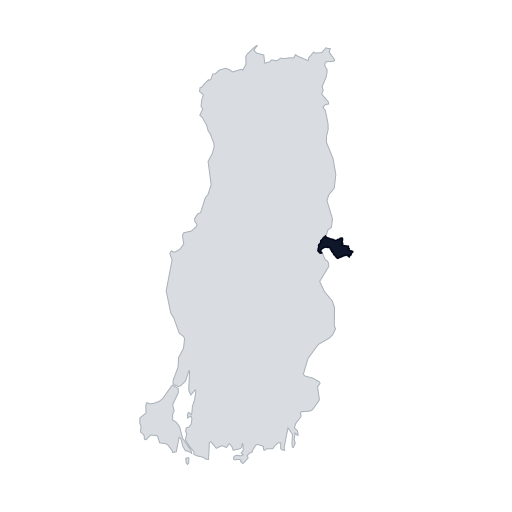 location of Hatay within Turkey, rotated 277°
{"feature_id": "TUR-2289", "entity_name": "Hatay", "entity_type": "Province", "adm_level": 1, "iso_a3": "TUR", "parent_name": "Turkey", "parent_adm1": "", "projection": "orthographic", "projection_center": [36.26, 36.42], "detail": "fine", "context": "in_parent", "style": "filled", "palette": "ink", "viewbox_px": 512, "rotation_deg": 277, "n_neighbors": 0, "source": "natural_earth", "source_scale": "10m", "svg_char_len": 5621}
<svg xmlns="http://www.w3.org/2000/svg" viewBox="0 0 512 512"><g transform="rotate(277 256 256)"><path d="M388.8,183.1L395.7,185.2L397.8,183.2L404.0,183.1L409.6,184.1L412.4,179.9L416.3,180.0L417.2,182.1L419.1,182.7L425.2,187.4L424.6,188.1L426.2,189.9L431.2,190.8L431.9,193.4L436.1,197.0L438.6,202.9L437.7,207.2L435.8,210.1L439.6,218.9L438.8,220.2L445.1,222.7L452.7,221.6L455.3,222.6L463.3,229.2L465.4,231.8L460.0,228.8L457.4,232.0L456.5,239.2L448.5,241.2L450.2,245.7L452.6,247.6L452.2,252.1L452.9,253.7L455.4,256.4L455.4,260.3L456.7,264.4L457.2,269.4L460.7,270.6L459.4,273.0L456.4,283.4L456.7,284.2L459.3,284.2L465.5,288.4L464.6,290.0L465.8,296.3L471.2,300.1L470.6,302.3L471.0,304.4L467.2,303.8L460.3,310.2L459.4,310.1L458.3,308.2L457.6,302.5L455.7,301.1L453.3,301.0L449.5,303.9L445.8,304.1L442.1,303.8L432.1,301.0L428.6,302.5L424.8,301.4L417.9,308.9L415.8,309.6L414.5,306.2L411.8,304.4L408.7,307.2L396.3,311.3L390.6,312.2L383.5,311.4L377.6,312.0L362.0,320.6L346.8,325.3L333.1,325.4L325.4,320.7L319.6,319.7L302.1,327.4L293.5,327.3L290.6,324.2L284.0,323.0L282.5,325.9L281.2,333.0L283.5,339.5L279.8,339.9L277.4,341.3L276.7,346.2L273.3,348.1L272.2,351.1L271.6,351.2L266.0,348.7L267.6,346.3L264.2,337.3L265.9,334.5L273.0,327.2L272.8,322.8L269.8,319.8L260.7,325.2L259.9,327.3L257.8,328.9L254.5,329.5L238.5,322.3L229.0,328.3L220.7,337.1L214.5,340.2L196.5,342.2L193.3,343.8L187.3,341.7L183.7,339.1L175.8,328.6L160.7,320.1L144.4,317.4L142.8,319.3L141.8,327.1L138.7,334.4L137.3,335.1L133.8,333.0L120.9,336.5L110.4,330.9L108.7,328.6L106.9,319.9L105.3,319.1L103.5,320.2L101.7,320.0L94.3,315.7L90.2,315.1L87.4,318.5L83.2,319.7L83.2,318.6L85.0,316.4L78.5,316.3L74.9,317.8L70.4,316.3L70.8,315.3L74.6,314.5L83.4,313.9L89.3,308.7L68.8,307.2L66.7,308.2L66.7,305.2L68.0,303.9L73.4,303.4L73.3,300.9L70.3,297.9L66.8,296.2L65.8,289.8L64.2,288.1L64.5,287.2L67.9,286.5L69.0,282.0L68.8,279.2L62.5,276.1L61.0,276.2L59.6,273.6L57.0,271.6L54.6,272.8L48.4,268.4L49.9,265.9L51.5,266.1L52.1,264.0L51.2,260.4L51.5,258.6L52.9,258.3L54.5,258.8L55.9,261.0L55.7,265.0L57.2,267.6L58.7,265.3L61.6,267.0L67.0,266.2L68.1,265.3L64.2,265.0L62.9,263.9L60.4,257.0L63.8,255.4L66.5,252.4L62.3,249.9L63.6,245.5L60.3,240.0L66.1,234.0L65.9,233.1L64.3,232.5L48.3,233.7L48.3,230.7L49.8,228.3L50.4,222.1L51.5,218.7L54.5,218.0L58.6,213.4L65.0,208.2L70.9,208.9L73.5,207.5L77.1,207.7L77.9,210.1L80.8,212.0L86.4,212.3L89.2,211.0L86.9,207.9L90.1,207.2L92.6,208.1L90.9,211.2L91.6,211.5L98.9,211.2L106.3,212.6L114.6,212.8L115.7,211.9L110.1,208.3L114.1,205.8L116.3,205.4L133.8,204.1L133.9,203.4L123.4,201.3L118.2,197.2L116.9,195.0L118.4,190.2L119.7,189.0L123.5,189.1L136.2,192.2L145.6,191.5L155.5,195.3L165.3,195.2L167.3,193.9L170.0,189.3L184.1,182.1L189.0,178.3L210.5,171.1L242.1,173.2L247.7,170.2L250.8,171.3L249.9,173.3L250.1,175.2L253.8,180.0L259.4,182.8L267.3,180.5L270.2,181.4L272.9,188.8L277.9,193.2L280.1,193.6L283.1,190.9L286.0,190.6L290.7,193.1L292.3,195.7L307.7,198.6L310.9,200.8L321.2,202.8L344.0,196.9L352.5,200.2L359.5,201.1L362.5,200.5L371.5,195.8L374.3,193.3L379.9,191.0L386.8,185.9L388.8,183.1ZM97.2,165.5L96.3,168.8L97.3,172.5L100.0,177.8L102.9,180.6L117.7,188.6L115.0,194.9L111.1,195.6L98.1,191.4L92.5,193.6L88.7,192.6L83.2,193.2L81.4,196.9L77.2,201.0L66.0,205.4L55.2,215.2L52.2,216.3L53.9,212.8L54.1,209.6L58.8,206.2L65.0,204.0L66.8,201.8L51.9,200.7L50.8,197.2L52.4,196.7L57.9,191.3L58.7,189.0L58.8,183.1L65.0,180.4L65.7,179.1L65.4,173.2L60.2,169.3L60.5,167.7L64.6,166.6L67.3,162.8L73.1,162.6L76.0,161.0L81.1,160.5L86.8,166.0L94.3,164.8L97.2,165.5ZM47.3,214.0L42.2,214.4L40.8,213.3L42.5,211.8L46.6,211.0L47.6,212.9L47.3,214.0Z" fill="#d9dde1" stroke="#a8b0b8" stroke-width="1"/><path d="M284.0,322.2L283.7,322.2L283.6,322.9L283.3,323.5L283.0,324.0L282.7,324.6L282.6,325.2L282.6,325.8L282.5,326.4L282.2,327.0L281.9,328.3L281.9,329.6L281.8,330.8L281.1,331.9L281.0,332.4L281.1,332.9L281.5,334.4L281.7,334.7L281.8,334.8L282.2,335.0L282.3,335.0L282.5,335.4L282.5,335.7L282.5,335.9L282.4,336.3L282.2,336.6L282.4,336.9L283.1,336.9L283.5,337.1L283.8,337.4L284.0,337.8L284.2,338.3L284.3,338.7L284.3,339.4L284.2,339.6L282.5,340.0L282.1,339.9L280.3,339.7L279.9,339.7L279.6,339.8L279.5,340.0L279.4,340.4L279.2,340.5L278.9,340.4L278.3,340.4L277.9,340.2L277.6,340.0L277.3,339.7L277.1,340.0L277.4,340.4L277.4,340.6L277.2,340.8L277.0,341.0L277.0,341.4L276.9,345.7L277.0,346.5L276.5,346.6L275.6,346.3L275.1,346.5L274.9,347.5L274.5,347.6L274.0,347.4L273.2,347.7L272.7,348.5L272.5,350.6L272.3,351.5L272.2,351.5L271.8,351.5L270.5,350.5L269.8,350.2L269.0,350.2L268.7,350.1L268.4,349.9L268.3,349.5L268.4,349.1L268.4,348.8L268.1,348.4L267.6,348.5L267.2,348.7L266.7,348.8L266.5,348.7L266.8,348.3L267.8,346.5L268.0,346.3L268.0,345.8L267.4,343.7L265.7,341.0L265.4,340.6L265.1,340.1L264.9,339.2L264.5,338.8L264.2,338.4L263.9,338.1L263.6,337.4L263.7,337.0L264.3,336.0L264.5,335.8L264.7,335.6L265.0,335.6L265.3,335.5L265.4,335.4L265.7,334.7L265.8,334.5L266.3,334.3L266.5,334.1L266.6,333.9L266.7,333.3L267.0,333.1L267.1,332.9L267.3,332.8L268.2,332.5L268.4,332.4L269.5,331.0L269.7,330.7L269.9,330.7L272.4,329.1L272.8,329.0L273.0,328.8L273.3,328.2L273.6,327.6L273.7,327.2L273.7,326.8L273.6,326.5L273.4,326.3L273.4,326.0L273.3,325.8L273.4,324.0L273.3,323.5L273.0,323.0L271.7,321.0L270.9,320.2L270.0,319.6L269.1,319.4L268.3,319.7L267.5,320.4L267.1,320.9L266.7,320.3L266.7,319.1L268.6,316.9L269.1,316.7L269.6,316.8L270.1,317.0L271.1,316.8L272.1,317.1L273.0,317.1L274.1,316.8L275.2,317.1L275.9,317.9L276.8,318.5L278.0,318.5L279.1,318.4L280.7,319.9L282.5,320.7L282.9,321.1L283.1,321.7L283.4,321.9L283.8,322.0L284.0,322.2L284.0,322.2Z" fill="#0f172a" stroke="#020617" stroke-width="1.5"/></g></svg>